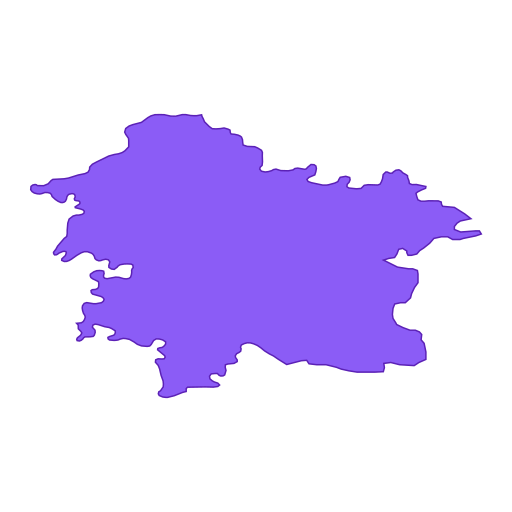 outline of Puchavičy, Minsk, Belarus
{"feature_id": "67162791B58974730621112", "entity_name": "Puchavičy", "entity_type": "district", "adm_level": 2, "iso_a3": "BLR", "parent_name": "Belarus", "parent_adm1": "Minsk", "projection": "equal_earth", "projection_center": [27.908, 53.474], "detail": "fine", "context": "isolated", "style": "filled", "palette": "violet", "viewbox_px": 512, "rotation_deg": 0, "n_neighbors": 0, "source": "geoboundaries", "source_scale": "gbopen_adm2", "svg_char_len": 5983}
<svg xmlns="http://www.w3.org/2000/svg" viewBox="0 0 512 512"><path d="M470.9,218.7L464.7,213.9L454.4,207.4L442.6,206.3L441.5,204.3L441.2,202.0L438.3,200.9L428.5,200.8L424.7,201.2L421.0,201.2L417.9,199.8L416.7,196.3L416.0,193.3L417.7,191.9L421.6,189.9L425.6,188.3L425.9,186.5L416.4,184.5L412.0,184.6L409.4,183.5L408.9,180.7L407.6,177.4L407.5,175.7L405.8,174.5L402.9,172.9L400.8,170.8L398.9,169.8L395.9,170.2L393.1,172.1L392.5,173.0L390.1,173.3L387.2,172.0L385.8,172.0L383.2,174.5L382.5,178.9L381.3,182.0L380.0,184.2L377.7,185.0L368.1,184.7L364.2,185.3L361.1,188.4L356.5,188.8L348.8,188.0L346.9,186.7L347.2,184.3L349.1,182.3L350.1,179.8L349.7,177.5L345.8,176.3L340.2,177.3L338.9,179.4L337.9,181.6L334.7,183.1L328.4,184.8L326.4,185.1L322.8,185.1L311.5,182.7L308.1,181.5L306.9,179.4L308.9,177.4L314.8,174.9L315.8,171.8L316.4,168.6L315.9,166.0L314.1,164.7L311.0,164.5L307.6,167.3L306.3,168.8L304.9,169.3L297.7,168.1L294.9,168.5L293.0,169.9L288.3,170.8L280.8,170.6L276.0,169.1L273.4,169.6L271.8,170.6L268.4,171.6L265.2,172.0L261.4,171.2L259.7,169.1L260.2,167.2L262.1,165.4L262.5,161.9L262.3,155.8L262.4,152.4L261.5,150.3L257.7,148.0L254.7,146.7L247.3,146.4L243.1,145.0L242.7,142.3L242.5,139.7L241.5,137.1L240.3,136.1L238.1,135.1L234.6,134.3L231.1,134.0L230.3,132.6L230.0,130.1L228.0,129.1L224.1,128.0L220.3,128.6L216.0,128.9L212.2,128.7L209.1,126.4L204.5,121.8L203.3,118.9L202.0,116.4L201.6,114.8L196.6,115.7L193.8,115.7L190.5,115.5L185.7,114.6L182.3,114.6L175.7,116.2L170.7,116.1L164.2,114.7L159.9,114.6L154.9,114.7L150.9,115.9L147.9,117.6L141.4,122.4L132.9,124.6L129.1,126.0L125.7,128.5L124.7,132.1L125.7,134.3L128.5,138.3L128.7,140.8L128.7,146.9L124.8,150.9L122.1,152.6L118.5,153.8L114.3,154.5L108.8,156.0L97.1,161.7L92.4,164.2L89.7,167.1L89.5,169.6L88.0,172.2L85.0,173.6L78.2,175.0L68.3,178.1L64.0,178.8L52.8,179.4L51.1,180.6L48.2,183.8L43.7,185.7L37.4,185.6L36.4,184.8L35.1,184.5L32.8,185.0L31.0,186.4L30.7,189.7L32.1,191.6L34.2,193.0L37.2,193.8L39.8,194.0L41.8,193.6L44.9,192.5L47.8,192.6L50.1,193.2L51.4,194.5L52.1,196.5L55.4,199.5L58.1,201.3L60.8,202.5L62.4,202.6L64.0,202.2L65.4,201.2L66.5,199.0L66.9,196.8L67.7,195.4L68.9,194.3L72.0,193.6L73.7,193.9L74.7,194.7L75.0,195.6L75.2,197.0L74.3,198.8L74.7,200.1L75.8,200.6L78.9,201.0L79.9,202.1L79.9,203.5L79.5,204.0L75.1,206.9L75.3,207.7L80.5,209.0L83.0,209.9L84.3,211.3L83.9,213.2L82.3,214.3L78.8,215.1L76.3,215.1L73.1,216.0L69.1,219.1L67.8,223.1L67.2,230.1L67.2,233.6L66.7,236.5L64.2,238.4L57.6,246.1L55.9,249.2L53.5,252.3L53.7,253.8L54.6,254.9L56.4,254.8L57.6,254.2L58.8,253.2L62.7,251.5L64.2,251.3L65.9,251.6L66.3,252.9L65.4,255.5L61.8,258.9L61.7,260.4L64.3,261.5L66.7,261.4L69.4,260.4L71.7,259.0L76.9,255.3L81.2,252.8L84.3,251.7L87.4,251.7L91.6,253.2L93.1,254.4L94.3,256.3L95.0,258.6L96.4,259.9L98.8,260.8L100.8,260.6L102.6,259.9L105.7,259.2L108.4,259.8L109.8,261.9L108.8,265.5L108.9,267.4L111.4,269.0L114.2,269.4L117.2,267.2L117.8,266.3L119.7,264.9L121.3,264.5L124.3,264.0L127.6,263.9L131.1,264.1L132.8,265.0L133.2,267.6L132.2,268.7L131.6,270.4L131.7,272.3L131.4,274.6L130.5,277.3L128.9,278.4L126.3,278.9L123.5,278.6L119.0,277.3L115.6,277.1L107.1,278.7L104.6,278.2L103.6,277.0L103.6,275.1L104.1,273.6L103.7,271.2L101.9,270.7L99.6,270.5L96.7,270.7L93.8,271.8L90.4,274.2L90.2,275.8L90.9,277.5L92.8,278.9L98.4,281.6L98.8,283.6L98.6,287.0L97.6,288.5L95.6,289.4L92.2,289.7L91.0,290.6L91.3,292.6L92.6,294.1L101.1,296.5L102.9,297.6L104.1,299.3L103.4,301.2L101.5,302.7L96.0,303.7L93.5,303.7L86.7,302.6L84.2,303.4L82.5,305.8L82.2,308.0L82.6,310.6L83.5,313.4L84.7,315.2L85.3,317.1L84.5,319.5L83.3,321.5L81.4,322.8L76.6,323.3L78.2,325.0L78.3,328.8L80.9,331.4L81.8,332.9L81.1,334.5L80.3,335.5L77.4,337.8L76.7,339.3L77.1,340.6L79.4,341.0L81.2,340.3L82.9,338.9L83.6,337.8L84.9,336.9L90.1,336.8L93.2,336.4L94.3,335.2L95.2,332.4L95.0,330.2L92.4,327.2L92.9,325.1L95.1,324.1L98.2,324.6L104.7,326.7L109.2,327.5L111.5,328.5L115.2,330.8L115.3,332.7L114.9,333.9L113.8,335.2L109.6,336.5L107.9,337.4L108.1,338.9L109.5,340.0L114.0,340.4L115.7,340.3L118.0,340.0L120.5,339.0L123.2,338.4L125.8,338.6L129.5,339.4L134.1,342.0L137.3,344.3L141.5,345.9L147.2,346.4L149.7,346.0L151.2,344.5L153.6,340.5L156.2,338.9L159.3,339.0L162.6,339.9L165.6,341.8L165.6,344.1L164.2,345.9L162.3,347.4L159.7,347.8L157.8,348.5L157.6,349.8L164.6,355.6L165.2,357.1L164.2,358.8L161.9,359.0L158.1,358.8L155.7,359.8L155.4,362.2L158.2,365.4L159.6,368.9L161.1,375.4L163.1,380.9L163.4,384.0L163.2,386.9L160.5,390.8L158.8,391.8L158.3,393.8L159.2,395.5L162.8,397.0L166.0,397.4L167.5,397.4L174.3,395.7L182.6,392.4L186.2,391.5L186.2,388.6L187.5,387.2L205.2,386.9L213.3,387.1L217.8,386.5L219.6,385.0L217.8,383.1L214.4,382.0L212.2,380.8L209.9,378.8L209.5,376.2L211.2,373.9L215.1,373.5L217.4,373.5L219.1,375.3L220.7,376.0L223.0,375.9L224.7,374.9L226.0,370.4L225.2,367.3L225.4,364.8L227.8,364.0L234.0,363.4L237.2,361.6L237.2,359.9L235.5,357.4L235.3,355.8L236.6,353.7L239.0,352.5L240.7,351.2L241.1,348.8L240.5,347.2L241.3,345.0L244.2,343.6L247.2,342.8L250.4,342.9L253.6,343.8L257.3,345.4L260.7,347.7L264.6,350.9L269.4,353.9L273.4,355.9L278.2,359.2L286.7,364.5L301.4,360.7L306.7,360.3L309.0,363.8L316.6,364.7L326.0,364.7L336.5,367.3L341.2,369.1L348.8,370.8L357.0,372.1L375.1,372.1L383.3,371.7L384.4,367.7L383.8,363.4L390.8,362.5L399.6,364.7L414.2,365.6L418.9,362.5L425.9,359.4L425.9,352.0L424.1,343.3L421.1,339.8L421.7,334.5L419.4,331.9L415.3,330.2L410.0,330.2L403.0,327.6L396.6,324.5L396.0,323.2L393.0,318.4L392.4,314.5L393.0,308.4L394.7,304.0L400.6,302.7L405.3,302.7L410.5,297.9L411.6,293.6L414.5,287.5L418.0,282.7L418.0,274.0L417.4,270.5L412.7,268.8L408.6,268.8L397.5,267.1L383.5,260.1L388.8,258.4L394.6,257.5L396.9,254.0L398.7,249.3L402.7,248.4L406.8,251.0L406.8,252.7L408.0,255.3L411.5,255.3L416.8,254.0L419.7,250.6L423.7,248.0L429.8,243.1L433.9,238.4L441.4,236.8L447.7,236.8L452.6,239.5L460.0,239.5L463.4,238.4L475.7,235.9L481.3,234.0L479.4,230.9L475.3,230.9L460.7,232.0L454.4,229.5L454.4,226.5L457.0,223.2L460.3,221.0L470.9,218.7Z" fill="#8b5cf6" stroke="#5b21b6" stroke-width="1.5"/></svg>